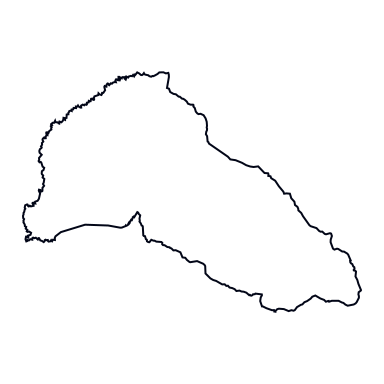 outline of Villanueva, La Guajira, Colombia
{"feature_id": "7082276B95884188682011", "entity_name": "Villanueva", "entity_type": "district", "adm_level": 2, "iso_a3": "COL", "parent_name": "Colombia", "parent_adm1": "La Guajira", "projection": "robinson", "projection_center": [-73.004, 10.587], "detail": "fine", "context": "isolated", "style": "outline", "palette": "ink", "viewbox_px": 384, "rotation_deg": 0, "n_neighbors": 0, "source": "geoboundaries", "source_scale": "gbopen_adm2", "svg_char_len": 5833}
<svg xmlns="http://www.w3.org/2000/svg" viewBox="0 0 384 384"><path d="M134.8,74.9L134.1,76.3L133.1,74.9L132.1,76.2L130.8,75.9L128.8,76.5L128.2,77.5L126.7,76.7L125.7,79.6L125.1,79.1L124.9,77.2L124.2,77.8L123.9,77.2L122.7,77.1L122.1,77.4L121.8,78.3L120.8,77.7L120.3,78.5L119.3,76.9L118.5,76.9L118.6,79.4L119.9,79.8L119.7,80.4L117.6,80.1L116.8,79.3L116.0,79.3L115.4,80.5L115.9,82.2L114.8,82.0L112.8,82.7L111.9,83.7L110.8,83.3L109.2,85.2L108.8,84.9L108.3,83.7L107.5,83.5L106.6,84.6L106.4,86.6L104.7,86.0L104.3,86.9L105.1,90.2L103.3,92.9L102.1,92.9L101.9,94.2L101.4,95.0L99.6,94.4L98.5,93.3L98.2,95.1L94.4,96.4L94.1,97.4L93.4,98.1L94.2,99.1L94.0,99.8L93.4,99.9L91.5,98.7L91.1,98.8L90.6,101.2L89.8,101.3L88.8,100.9L88.6,102.4L86.9,102.7L86.9,104.4L86.5,104.8L85.1,104.4L84.2,105.3L82.8,104.6L81.1,105.6L81.2,107.6L80.4,107.6L78.6,106.5L78.0,105.5L77.3,106.6L75.9,106.5L76.0,108.1L73.6,107.9L73.2,109.4L71.7,109.5L71.7,111.0L70.7,110.6L69.3,111.1L69.1,111.9L68.4,112.7L68.4,114.3L66.7,114.5L66.5,117.9L65.2,118.1L65.1,119.9L64.4,119.6L64.0,117.9L63.5,117.8L63.3,119.6L62.6,121.1L61.4,122.3L59.6,121.6L59.3,123.6L58.5,123.3L58.1,122.4L55.5,122.2L55.1,120.8L54.1,122.8L52.5,122.8L52.0,123.6L51.2,124.0L51.1,124.6L52.0,125.3L50.9,126.2L51.7,127.2L51.1,128.1L51.4,129.5L49.2,131.1L48.4,133.1L47.1,132.2L46.3,132.5L46.3,133.8L47.3,134.6L47.4,135.2L46.7,135.1L45.6,136.6L45.7,138.2L44.6,138.3L44.0,137.6L42.8,138.7L42.5,139.8L43.3,141.6L41.9,143.0L42.1,144.7L41.0,146.4L41.7,147.3L41.4,148.1L39.9,149.2L39.3,151.0L39.6,152.7L41.7,154.8L39.0,158.0L39.2,159.8L38.6,161.0L39.5,162.3L40.7,161.9L41.3,162.6L42.6,166.6L44.2,167.8L43.5,170.0L41.9,171.2L41.7,173.5L41.9,174.2L43.2,175.5L42.6,177.5L44.3,178.9L43.7,182.7L43.0,184.0L44.1,185.8L42.5,187.8L42.4,190.9L42.0,191.3L40.8,191.7L40.4,191.4L40.3,190.0L39.0,189.7L38.8,190.7L40.1,193.5L38.9,198.8L37.6,200.8L35.1,201.7L34.6,202.4L35.2,203.5L34.1,203.5L33.1,202.7L32.6,202.9L32.5,203.5L33.5,205.0L33.6,205.8L30.9,206.4L29.8,205.7L28.8,206.5L28.2,206.2L27.6,204.6L27.1,204.4L25.2,205.3L24.7,207.7L25.3,208.8L24.7,209.5L24.2,211.9L23.5,213.0L23.6,214.2L23.0,215.9L23.2,218.1L24.1,219.1L23.4,220.8L23.7,222.1L23.5,222.5L24.7,224.4L24.9,226.2L26.2,226.9L25.7,228.6L27.4,230.0L26.7,231.3L27.4,231.9L29.2,231.6L31.1,232.8L30.5,234.8L27.8,235.7L28.4,237.0L28.2,237.6L26.0,236.8L25.5,239.2L26.3,241.4L27.1,241.1L27.5,240.0L28.8,240.5L30.2,239.2L32.3,239.7L32.3,238.2L33.1,237.6L34.3,238.2L35.8,237.7L37.8,239.5L38.5,238.1L39.0,238.1L40.3,240.4L41.9,240.9L43.7,242.1L44.6,241.2L44.8,240.1L45.6,239.7L46.4,240.2L47.8,240.0L48.1,241.2L48.6,241.6L50.4,241.3L51.2,240.1L52.1,241.2L53.0,239.7L54.9,240.0L54.8,237.8L55.5,236.3L60.9,232.1L85.1,224.7L108.2,225.5L120.3,227.7L121.8,227.6L125.5,226.1L125.8,225.5L126.1,225.9L127.2,225.4L128.3,224.6L128.2,224.0L128.7,223.4L129.2,223.6L129.7,222.9L129.1,222.3L130.5,220.9L130.3,220.6L130.6,220.8L131.1,219.8L131.9,220.1L132.1,219.6L131.8,219.3L132.9,217.8L132.8,217.2L133.7,216.5L134.3,217.1L137.3,212.1L138.2,212.6L138.6,213.8L140.2,215.3L139.5,218.5L139.8,220.9L139.5,221.6L140.8,223.4L141.6,225.5L142.5,225.9L142.8,226.6L143.3,235.4L143.9,236.0L145.0,236.2L145.9,239.2L146.8,239.7L147.0,241.3L148.3,242.1L149.4,242.2L151.3,239.8L153.5,240.7L154.6,240.7L156.3,241.6L161.4,242.0L162.3,242.8L162.2,244.3L163.0,245.1L164.6,245.2L167.3,247.0L169.6,247.3L170.1,248.0L171.4,248.4L173.4,250.4L175.7,250.2L180.4,252.3L182.5,257.4L185.3,257.8L186.9,259.9L189.4,261.9L190.2,262.2L197.1,261.1L203.1,263.7L204.6,265.0L205.2,266.1L205.5,273.5L210.4,278.4L213.2,280.0L216.1,280.9L222.2,284.4L224.7,284.3L226.3,285.9L227.9,285.7L229.5,287.5L232.3,288.1L234.7,289.2L236.4,291.0L239.5,290.6L241.5,291.5L243.7,291.7L246.4,292.7L249.2,295.2L249.8,294.8L251.1,295.7L252.4,295.2L253.0,294.3L254.8,294.2L255.4,293.6L261.8,294.4L261.9,295.3L260.7,297.5L260.2,301.1L262.0,306.4L262.8,306.4L266.4,308.2L272.0,310.2L274.1,310.1L274.4,310.5L274.3,311.5L275.4,311.7L275.4,311.1L277.2,309.2L278.9,308.7L283.9,309.1L288.7,311.1L291.4,310.2L293.6,310.7L294.8,310.1L297.0,307.1L300.9,304.8L302.4,304.4L304.4,302.2L307.1,301.1L310.7,298.6L312.3,296.7L315.3,295.5L320.4,298.5L324.1,299.9L325.9,301.7L328.1,301.0L328.7,300.9L329.1,301.7L331.8,300.8L338.6,300.8L341.9,302.5L343.4,302.9L345.4,304.6L347.7,305.7L353.7,304.5L355.6,303.4L356.7,302.1L358.9,297.8L358.9,296.0L358.4,294.4L358.7,292.2L360.8,290.6L361.0,290.1L358.4,283.8L357.3,279.9L355.5,276.5L356.0,271.6L355.4,270.8L353.8,270.4L353.7,269.9L354.5,268.7L354.3,267.2L353.2,266.3L352.3,264.1L351.1,263.4L350.3,262.3L350.1,260.7L350.7,260.5L348.2,254.7L347.3,253.6L344.0,251.6L342.2,251.5L338.3,249.0L337.0,248.7L334.4,249.6L333.0,248.6L330.6,242.2L330.7,239.7L331.9,236.0L331.1,233.6L330.0,233.2L326.0,234.3L324.7,233.9L322.3,231.6L320.6,231.7L319.2,231.0L316.5,228.1L310.7,226.2L309.4,225.2L303.0,216.2L301.2,212.9L298.4,210.4L298.2,208.6L297.4,206.8L295.0,205.0L294.4,201.7L291.3,198.3L289.9,193.7L286.6,193.4L284.1,193.7L283.4,191.7L278.9,186.3L275.2,180.7L271.2,178.2L270.5,176.3L268.3,175.9L268.5,174.3L268.1,173.3L264.5,173.0L258.2,166.4L253.6,167.0L250.2,166.5L246.2,165.2L242.0,162.8L235.6,160.2L230.3,159.4L227.9,156.7L209.0,143.6L208.4,142.1L207.6,141.5L207.1,136.2L205.9,134.2L206.3,131.6L206.9,130.5L207.1,128.8L206.7,127.7L207.0,125.8L206.7,121.8L205.6,118.4L203.6,115.2L200.6,113.8L198.5,114.1L197.3,113.4L195.8,111.6L194.8,108.1L193.4,106.5L193.5,105.1L193.1,104.7L190.7,104.7L188.0,103.7L186.8,101.6L184.8,99.8L183.3,98.8L182.1,98.7L179.8,96.7L178.6,96.6L175.9,94.3L173.5,93.9L170.2,92.0L169.0,88.7L167.0,88.0L168.9,77.0L168.8,74.6L168.3,72.9L165.9,73.4L163.4,72.3L159.3,72.4L157.5,74.0L154.8,75.5L153.2,76.2L152.4,76.0L151.2,76.7L149.3,76.2L148.4,75.3L145.2,74.6L144.5,74.2L143.9,73.1L142.7,74.7L141.9,75.1L140.8,74.9L139.3,73.5L137.2,72.4L135.3,74.9L135.0,75.2L134.8,74.9Z" fill="none" stroke="#020617" stroke-width="2"/></svg>